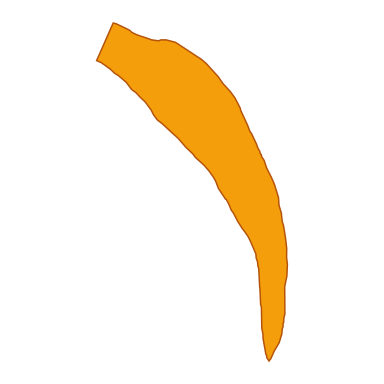 La Libertad, Huehuetenango, Guatemala (Equal Earth projection)
{"feature_id": "79465075B32919336538902", "entity_name": "La Libertad", "entity_type": "district", "adm_level": 2, "iso_a3": "GTM", "parent_name": "Guatemala", "parent_adm1": "Huehuetenango", "projection": "equal_earth", "projection_center": [-91.902, 15.54], "detail": "fine", "context": "isolated", "style": "filled", "palette": "amber", "viewbox_px": 384, "rotation_deg": 0, "n_neighbors": 0, "source": "geoboundaries", "source_scale": "gbopen_adm2", "svg_char_len": 1484}
<svg xmlns="http://www.w3.org/2000/svg" viewBox="0 0 384 384"><path d="M269.0,361.0L270.9,358.6L274.0,351.5L279.2,342.6L281.8,334.0L282.3,328.7L283.1,326.7L283.0,323.9L283.6,322.8L283.9,317.8L284.9,314.1L284.7,286.6L286.9,276.0L287.3,266.5L287.4,264.0L286.6,257.7L286.7,248.4L285.5,237.9L283.5,225.4L282.2,221.4L281.3,213.0L279.0,205.3L278.5,197.6L274.5,184.6L271.6,177.8L266.6,167.9L264.1,160.3L261.8,157.0L261.2,154.5L260.4,153.8L259.6,150.9L258.2,148.8L256.4,143.9L251.3,133.1L249.9,131.4L247.8,125.8L244.5,118.5L240.8,110.6L240.2,108.1L235.0,98.0L230.5,91.8L222.8,83.4L218.3,76.8L206.4,63.7L201.7,59.6L175.4,42.3L166.2,39.9L160.8,39.9L158.6,40.8L151.8,39.9L136.9,34.8L131.8,32.4L129.8,30.4L126.7,28.8L116.0,23.7L113.2,23.0L96.6,60.6L101.2,62.6L110.0,68.9L114.8,73.4L118.4,75.6L126.3,82.4L131.3,89.1L132.9,90.5L135.6,92.3L140.8,97.9L145.1,101.8L151.3,110.3L152.9,113.6L154.0,115.5L157.5,120.1L162.1,123.6L173.2,133.9L177.9,138.1L185.8,147.2L193.2,154.3L195.4,157.4L204.0,165.2L208.7,170.6L210.1,172.5L213.7,177.6L215.9,181.7L218.4,188.4L225.5,199.1L226.4,199.6L228.2,203.0L229.0,204.6L231.2,210.0L233.5,213.2L238.0,221.9L241.1,226.6L241.7,227.8L244.8,231.8L245.5,232.8L247.5,235.6L249.5,239.3L250.4,241.2L251.1,242.8L255.9,254.0L256.2,258.1L257.5,261.7L258.0,266.6L258.7,268.1L259.6,285.9L260.0,289.7L260.4,299.1L260.6,304.6L261.4,307.0L261.8,328.2L263.0,334.5L263.0,338.2L265.9,354.5L266.7,355.5L266.7,357.4L269.0,361.0Z" fill="#f59e0b" stroke="#b45309" stroke-width="1.5"/></svg>